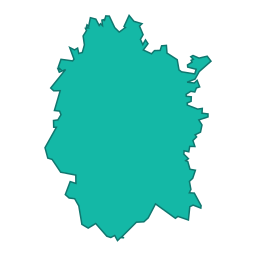 the district of Arcelia, Guerrero, Mexico
{"feature_id": "50627088B97404190214599", "entity_name": "Arcelia", "entity_type": "district", "adm_level": 2, "iso_a3": "MEX", "parent_name": "Mexico", "parent_adm1": "Guerrero", "projection": "albers", "projection_center": [-100.171, 18.254], "detail": "medium", "context": "isolated", "style": "filled", "palette": "teal", "viewbox_px": 256, "rotation_deg": 0, "n_neighbors": 0, "source": "geoboundaries", "source_scale": "gbopen_adm2", "svg_char_len": 1801}
<svg xmlns="http://www.w3.org/2000/svg" viewBox="0 0 256 256"><path d="M69.7,47.5L74.0,59.2L72.6,60.9L61.0,59.3L58.2,67.3L60.5,69.4L57.9,68.8L59.3,72.2L65.6,69.5L50.7,88.0L53.7,90.8L60.2,90.7L54.4,110.5L59.6,111.1L61.0,114.7L57.9,119.9L53.5,120.5L53.7,127.2L56.4,127.3L45.0,147.7L47.8,158.1L52.1,159.4L60.7,172.2L75.8,175.1L75.9,183.4L70.2,181.6L65.3,194.6L69.1,198.0L74.7,198.7L78.8,205.9L81.9,224.4L88.2,228.1L95.7,223.5L106.8,236.2L110.8,237.5L114.7,235.5L117.5,240.6L120.6,237.6L124.1,237.8L121.6,237.0L136.4,222.2L143.9,221.8L148.2,217.9L155.5,203.9L175.4,218.3L177.9,216.4L188.4,220.0L189.8,206.7L193.1,205.1L200.8,208.1L201.1,205.7L194.3,193.1L189.3,192.8L190.9,189.4L189.4,181.4L192.7,178.3L195.4,170.2L190.0,169.3L187.8,161.6L185.7,160.7L188.4,158.7L183.8,154.1L184.1,150.8L188.8,151.8L189.7,146.4L194.9,146.5L192.9,140.5L196.6,136.9L195.1,134.8L200.5,132.1L202.0,125.0L198.8,119.9L208.0,116.9L208.0,113.9L202.0,113.2L202.3,108.4L197.7,109.1L187.3,105.1L187.2,103.0L191.1,101.3L191.3,96.8L186.3,96.3L186.1,94.3L190.8,91.3L194.8,92.0L196.4,88.0L199.7,86.9L197.1,80.3L194.3,83.0L187.1,82.2L195.0,79.1L199.2,71.6L211.0,61.2L207.2,56.2L199.0,58.1L193.0,55.5L190.8,56.7L193.3,59.3L191.1,60.3L192.0,62.2L187.5,64.9L187.7,67.1L196.2,69.3L194.7,73.9L181.5,71.8L179.0,69.9L177.2,59.7L167.0,53.1L166.4,45.4L161.6,45.8L160.2,50.4L154.5,50.6L151.5,53.8L143.3,50.0L148.0,43.7L145.5,39.9L142.8,44.6L140.4,39.4L143.1,34.7L139.5,26.1L142.0,23.7L133.9,21.3L129.1,15.4L124.0,26.5L125.4,27.5L119.2,32.1L114.7,27.6L109.3,16.1L105.8,15.9L104.3,21.1L104.1,19.5L101.9,20.1L102.5,25.6L100.5,23.7L99.2,25.5L95.8,19.1L90.4,17.7L88.7,26.1L87.0,24.8L86.4,26.9L88.1,27.9L85.4,28.3L86.5,30.6L83.1,36.0L84.4,44.9L82.3,52.5L78.8,53.5L77.6,48.1L74.5,49.9L69.7,47.5Z" fill="#14b8a6" stroke="#0f766e" stroke-width="1.5"/></svg>